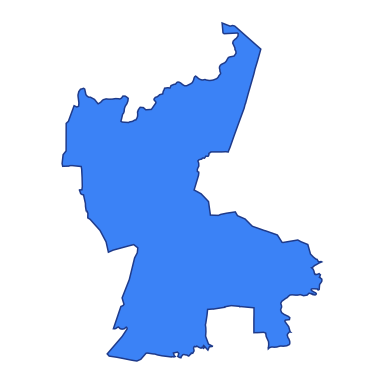 the district of San Juan Cacahuatepec, Oaxaca, Mexico
{"feature_id": "50627088B64633222678632", "entity_name": "San Juan Cacahuatepec", "entity_type": "district", "adm_level": 2, "iso_a3": "MEX", "parent_name": "Mexico", "parent_adm1": "Oaxaca", "projection": "robinson", "projection_center": [-98.147, 16.655], "detail": "fine", "context": "isolated", "style": "filled", "palette": "blue", "viewbox_px": 384, "rotation_deg": 0, "n_neighbors": 0, "source": "geoboundaries", "source_scale": "gbopen_adm2", "svg_char_len": 5936}
<svg xmlns="http://www.w3.org/2000/svg" viewBox="0 0 384 384"><path d="M120.9,306.5L113.4,328.7L114.7,328.8L115.7,328.5L116.4,328.1L117.3,327.4L118.4,327.0L119.1,327.6L120.1,328.6L121.2,329.0L122.6,329.1L124.4,328.7L125.8,327.4L126.5,327.2L127.0,328.0L127.2,328.8L122.2,336.4L107.2,353.9L109.2,356.1L116.6,357.2L123.3,358.5L130.7,360.0L133.5,360.5L136.9,361.0L140.8,359.3L146.0,353.3L146.8,353.1L147.8,353.1L152.9,353.9L154.0,354.0L154.4,354.0L155.1,354.1L157.4,354.9L162.0,355.8L170.9,356.9L171.3,357.0L171.8,356.7L174.0,356.9L175.2,356.5L175.1,356.4L174.5,356.5L173.4,353.0L177.4,352.1L178.8,353.5L177.8,356.5L178.5,356.8L179.2,357.4L180.9,357.8L181.1,357.7L181.1,356.8L182.9,354.7L183.7,354.5L184.6,354.6L185.5,354.9L186.8,355.0L188.4,356.0L188.8,356.0L190.2,354.5L191.0,353.9L191.3,353.1L191.8,353.1L192.7,353.3L194.0,351.0L194.0,350.0L193.6,348.8L193.6,348.0L194.2,346.6L194.8,346.4L195.7,346.8L196.3,346.6L196.8,346.1L199.1,347.4L201.1,348.2L201.9,347.4L203.6,348.4L204.6,347.0L203.2,346.2L203.7,345.5L207.9,350.1L208.6,348.6L208.7,348.1L209.5,346.7L210.8,346.7L212.3,346.4L212.4,346.1L208.5,344.1L205.8,336.8L205.6,336.0L205.9,331.8L205.8,327.8L205.4,324.8L205.8,323.1L207.0,315.2L207.6,309.4L212.9,309.0L213.1,309.1L224.6,307.3L224.8,307.3L224.8,306.8L231.2,305.6L239.4,306.3L239.6,306.7L241.3,306.6L254.0,307.8L254.0,314.2L253.9,319.7L253.9,332.7L258.5,332.6L263.6,332.3L265.7,333.1L266.2,336.5L268.5,341.6L268.7,344.3L268.5,346.8L268.2,347.7L268.3,348.8L269.4,347.7L270.6,347.3L271.6,347.0L272.3,347.0L274.4,347.2L276.9,347.0L278.8,346.4L280.7,346.0L283.3,346.2L284.9,346.0L285.9,345.9L287.0,345.7L288.0,345.1L288.8,344.9L289.7,343.9L289.8,342.6L289.7,341.2L288.8,338.8L287.8,337.4L287.6,336.2L287.2,335.1L287.6,334.0L288.4,333.0L289.0,332.3L289.7,331.9L290.4,332.0L290.1,331.7L288.7,326.7L285.7,322.6L284.9,321.4L285.0,320.6L285.5,320.1L289.4,319.6L289.8,317.7L288.3,316.4L286.6,315.6L285.0,314.8L284.4,314.6L281.6,312.6L280.6,309.9L281.4,307.5L281.6,307.2L281.6,306.4L281.5,305.7L280.8,303.6L280.8,303.2L281.4,302.0L281.9,301.2L285.7,298.4L287.2,297.6L288.5,296.2L290.1,295.0L292.2,294.8L295.4,295.1L297.7,295.1L300.2,294.6L301.6,295.0L303.6,295.7L307.1,295.1L309.0,293.2L309.3,293.2L311.2,293.8L312.2,294.3L312.0,293.8L313.6,294.4L314.3,294.8L314.9,295.0L315.0,295.0L315.7,294.7L315.9,294.5L316.1,294.3L316.3,293.9L316.3,293.7L315.7,292.9L313.2,291.6L311.4,290.4L311.2,289.6L311.4,289.1L312.5,288.8L314.6,288.8L317.5,289.0L317.8,289.8L318.6,289.9L319.2,289.4L319.6,284.5L321.7,281.5L321.9,280.2L321.8,279.1L319.9,277.6L320.1,277.5L320.1,277.4L319.4,277.2L320.4,274.8L320.0,274.5L319.1,273.6L318.1,274.1L316.1,274.6L315.7,274.2L315.2,274.5L314.8,274.2L314.5,273.5L313.9,271.0L313.2,269.4L312.7,268.7L311.6,267.8L311.9,267.7L312.9,267.1L313.3,266.7L314.6,265.5L316.4,264.6L318.9,263.1L321.7,261.9L321.0,261.5L319.8,261.8L319.2,261.9L318.7,261.7L317.8,260.8L317.1,259.4L315.9,259.1L313.3,257.0L310.5,254.1L307.8,244.5L300.9,241.7L297.8,240.0L288.2,241.6L283.0,242.5L282.0,242.3L277.4,235.0L265.5,230.8L264.3,230.5L252.4,226.3L250.0,224.0L245.1,219.0L237.5,215.7L235.3,211.9L226.6,213.2L220.7,214.4L218.5,215.4L210.4,215.1L208.5,201.6L206.2,199.1L201.1,193.8L194.1,190.0L198.3,176.1L198.5,175.4L198.8,173.0L198.7,172.1L197.4,171.5L197.3,169.3L198.1,167.4L198.7,166.4L198.8,165.5L198.7,163.1L197.9,161.0L198.8,159.9L200.4,159.3L201.3,159.2L201.7,159.1L202.2,158.3L203.0,158.0L204.1,158.1L204.4,158.2L205.0,157.5L205.8,156.2L207.1,156.2L207.4,156.3L207.8,156.3L208.3,156.1L208.7,155.4L208.7,155.2L209.0,154.3L208.8,153.8L208.9,153.4L210.2,152.6L210.6,152.1L211.4,152.0L211.4,151.9L215.9,151.9L221.9,151.9L225.8,151.7L228.2,152.0L228.7,150.5L230.0,147.4L234.2,135.4L240.6,117.8L244.1,108.3L245.1,104.3L245.5,103.5L248.1,94.0L250.3,86.3L253.9,73.8L255.0,69.1L257.3,61.6L260.8,49.1L235.0,26.3L234.2,25.9L232.4,25.5L231.3,25.9L230.0,26.1L222.1,23.0L223.0,32.8L224.1,33.7L237.4,33.0L238.2,33.6L238.0,35.1L238.1,35.9L236.3,38.4L235.2,39.1L233.2,41.1L232.7,43.1L234.9,47.9L235.0,49.7L235.9,51.2L236.0,53.3L234.0,56.1L229.9,56.9L228.4,57.5L227.4,59.1L226.1,61.4L224.8,62.7L221.5,64.3L220.4,65.2L219.6,66.6L219.4,68.0L219.9,70.0L219.9,71.1L220.5,72.6L220.6,73.7L218.9,75.8L218.2,77.2L216.8,78.6L213.3,80.0L211.0,80.4L209.2,80.5L206.2,80.0L205.0,79.5L203.3,79.9L202.0,80.0L200.1,79.4L198.6,78.6L197.1,77.2L195.6,76.1L194.7,76.8L194.1,77.9L193.5,80.3L192.3,82.6L190.8,83.7L186.8,85.7L185.7,85.8L184.8,85.8L183.7,85.3L182.4,84.4L180.8,83.1L179.4,82.3L178.0,82.0L176.8,82.5L176.0,83.6L175.3,84.2L174.1,84.3L171.0,85.6L170.0,88.0L169.1,88.0L168.1,87.7L164.6,88.2L164.1,89.8L163.3,91.2L162.7,93.9L159.7,94.7L157.4,96.7L155.3,97.4L154.1,98.9L154.0,99.8L155.8,101.9L155.9,102.9L151.4,109.4L145.8,109.8L143.4,107.6L140.2,107.3L139.3,108.4L138.0,110.4L138.1,110.9L137.5,112.0L137.7,113.9L137.6,116.2L137.0,118.0L135.8,120.0L134.8,120.0L132.4,121.4L129.7,121.9L128.5,122.5L122.3,122.1L120.9,121.2L121.5,119.1L122.6,114.3L123.6,113.0L124.1,111.5L124.4,108.6L125.2,106.3L126.9,103.7L127.9,101.0L128.2,98.3L126.6,97.0L125.1,96.1L122.9,96.1L121.5,98.1L119.8,99.0L118.1,98.7L115.4,98.6L112.4,99.1L108.9,99.2L106.1,98.9L103.3,99.7L102.1,100.6L101.5,101.5L99.9,102.8L98.1,103.8L97.7,103.4L94.5,99.4L90.4,97.2L88.7,97.2L87.0,96.0L85.9,94.6L84.7,89.1L83.6,88.3L81.2,89.1L80.5,89.2L78.8,91.6L78.0,95.0L78.1,96.7L78.9,103.0L78.6,106.3L76.8,107.0L74.1,105.7L68.4,121.3L66.2,123.4L66.1,150.9L63.1,154.7L62.1,163.6L62.7,166.3L68.8,166.1L69.8,165.7L70.4,165.6L72.4,165.6L81.2,166.5L81.7,169.4L82.1,177.5L82.3,186.6L81.9,189.8L79.5,189.9L79.4,190.0L80.4,192.6L80.5,193.2L80.8,193.7L82.2,194.6L83.5,194.8L85.4,203.4L85.5,206.5L86.2,210.9L87.0,211.1L87.3,211.4L87.1,211.7L87.1,212.0L87.3,212.3L87.9,213.1L87.8,217.9L90.1,219.3L100.0,230.4L106.1,241.9L108.4,252.2L113.2,250.1L129.4,245.7L133.7,244.6L137.8,247.8L137.3,252.8L134.6,257.9L129.3,279.6L122.1,297.9L122.9,300.7L124.0,304.3L123.0,305.6L120.9,306.5Z" fill="#3b82f6" stroke="#1e3a8a" stroke-width="1.5"/></svg>